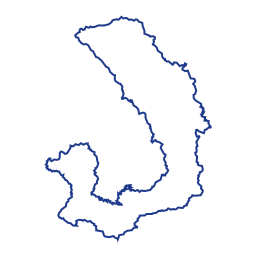 the district of Quibdó, Chocó, Colombia, rotated 269°
{"feature_id": "7082276B88455186246146", "entity_name": "Quibdó", "entity_type": "district", "adm_level": 2, "iso_a3": "COL", "parent_name": "Colombia", "parent_adm1": "Chocó", "projection": "mercator", "projection_center": [-76.757, 5.984], "detail": "fine", "context": "isolated", "style": "outline", "palette": "blue", "viewbox_px": 256, "rotation_deg": 269, "n_neighbors": 0, "source": "geoboundaries", "source_scale": "gbopen_adm2", "svg_char_len": 5706}
<svg xmlns="http://www.w3.org/2000/svg" viewBox="0 0 256 256"><g transform="rotate(269 128 128)"><path d="M113.1,85.3L112.1,83.2L113.6,80.6L111.8,78.4L112.7,75.1L110.6,72.9L111.4,70.2L109.3,70.2L103.9,66.8L103.2,64.7L105.4,61.8L105.6,60.5L104.1,59.3L99.6,59.2L98.1,58.4L97.4,56.6L97.8,53.7L96.2,51.0L96.9,49.9L98.8,49.9L99.0,48.8L97.9,47.6L96.1,47.0L96.1,46.2L94.5,46.5L92.9,45.2L91.5,46.9L90.7,46.8L90.2,45.7L88.6,46.5L88.7,47.3L87.2,48.4L87.7,49.5L85.8,51.2L86.6,52.5L85.9,53.7L86.6,55.6L85.6,57.0L85.8,58.2L82.1,60.4L81.7,61.4L82.2,62.5L80.1,62.0L78.9,63.7L77.6,64.0L76.4,66.2L73.3,68.0L73.4,69.0L71.8,70.5L70.4,69.8L70.1,70.3L68.3,70.1L67.0,70.8L64.6,69.7L64.1,70.5L63.0,70.0L62.7,70.8L61.6,70.3L60.0,70.8L57.6,67.0L55.9,67.2L54.2,65.1L50.9,64.6L47.4,59.8L46.0,59.3L44.4,57.7L41.7,56.8L39.6,57.9L39.5,59.1L38.4,60.0L38.9,61.8L37.5,62.3L34.3,66.3L33.7,69.1L31.5,71.2L31.2,75.2L32.6,74.2L34.0,75.2L35.9,74.5L37.1,77.5L36.7,80.7L36.1,81.3L36.9,82.9L35.0,86.2L35.7,88.6L33.9,90.3L32.6,92.7L31.4,92.5L30.4,94.5L28.1,94.2L27.0,94.9L26.2,94.5L24.9,101.0L20.8,102.2L20.0,103.0L19.2,107.3L20.2,111.6L18.8,112.7L17.5,115.7L16.8,115.9L21.0,117.4L21.8,121.8L23.9,122.9L25.3,125.7L25.7,129.9L28.2,132.2L28.4,135.4L28.9,135.5L30.7,133.0L32.6,132.8L35.5,136.4L36.9,135.9L39.0,138.0L40.2,138.2L40.3,143.3L41.7,145.1L41.6,150.5L42.1,150.8L42.8,154.9L44.6,157.3L44.3,158.9L45.2,160.3L44.5,161.3L45.2,165.3L46.8,166.5L46.8,167.5L45.7,168.9L46.2,172.0L45.8,172.4L45.9,174.6L47.6,176.7L47.1,181.1L47.4,181.9L49.0,182.8L49.7,185.5L50.9,185.2L51.5,186.2L53.7,186.9L54.7,188.0L56.4,187.7L58.2,190.5L59.7,191.2L59.1,192.6L59.5,199.5L62.7,201.4L64.4,201.7L66.1,199.9L68.3,200.4L71.1,197.4L72.6,196.9L74.2,197.8L75.6,197.1L77.3,197.2L78.2,198.0L79.3,197.4L80.6,198.8L82.6,199.0L83.0,200.7L84.4,201.9L85.8,202.0L88.8,201.3L89.5,197.8L90.9,197.1L92.2,197.4L93.0,196.0L98.3,196.6L99.8,195.3L102.1,194.8L102.9,196.2L107.9,196.0L108.8,197.2L112.7,196.1L118.1,199.2L118.6,198.9L118.2,196.7L121.7,195.5L124.9,196.2L125.0,197.0L123.4,199.0L121.5,203.7L124.9,204.9L125.4,206.8L127.5,209.0L126.9,210.3L127.5,210.8L131.1,208.5L133.5,208.8L134.0,205.4L134.4,205.8L134.6,205.1L135.1,205.6L135.5,204.9L137.4,205.5L138.1,202.5L139.1,201.7L139.8,202.2L140.4,201.6L140.8,202.9L141.6,202.7L141.3,203.5L142.9,204.3L143.6,203.1L145.1,203.9L146.3,203.7L145.9,203.0L147.8,202.4L147.6,201.6L148.2,201.6L148.2,200.9L149.3,201.6L150.8,201.6L154.5,195.9L156.5,194.3L159.9,194.1L160.7,195.6L164.0,196.8L168.8,195.6L171.0,193.9L173.2,196.0L174.0,196.0L176.0,195.2L176.5,191.5L184.3,188.8L183.8,186.3L185.5,183.4L187.4,183.7L189.2,186.5L190.8,187.4L191.6,186.1L189.3,185.1L190.0,183.3L189.0,180.8L192.5,177.8L192.7,175.0L190.7,174.3L190.5,173.7L194.0,169.6L193.8,168.4L195.1,166.1L196.4,166.2L196.6,164.9L198.7,163.5L201.9,163.2L204.7,159.2L207.9,158.1L209.9,156.3L211.1,154.3L213.7,155.5L215.5,155.0L216.4,156.3L218.2,156.6L219.2,155.1L219.1,151.5L219.9,151.3L222.0,146.1L224.6,146.2L230.0,144.4L232.9,144.1L234.0,140.9L236.3,138.9L236.4,137.5L235.2,135.9L236.5,132.9L236.1,130.9L238.0,128.6L237.7,125.1L239.2,123.4L236.4,120.4L236.9,118.2L235.9,114.4L234.0,113.3L232.1,110.7L230.9,106.0L231.1,100.3L229.7,96.5L229.4,93.5L230.1,92.3L228.9,90.7L229.9,87.7L227.1,86.2L226.8,84.6L227.9,83.9L228.0,82.2L226.9,81.4L224.7,81.4L224.3,79.9L221.6,76.8L219.8,77.5L219.1,79.9L216.5,80.5L213.6,83.0L212.4,85.2L212.6,87.9L211.2,89.9L206.5,92.3L205.3,94.5L199.6,97.2L198.8,99.5L195.6,102.9L189.7,107.1L188.5,109.5L184.1,111.3L181.3,114.5L181.0,115.9L177.0,115.6L175.3,116.1L172.5,120.0L172.4,121.1L169.5,123.1L166.6,122.6L165.3,123.6L164.4,123.4L162.5,124.2L159.2,123.3L158.4,122.4L157.1,122.7L158.2,126.1L156.9,128.0L155.4,128.8L154.3,131.0L155.8,131.0L155.6,132.3L150.4,134.0L148.7,136.7L146.4,138.6L141.9,139.4L143.0,142.8L143.0,144.2L142.2,145.2L141.1,145.8L138.0,145.7L132.5,147.7L130.7,150.2L129.1,149.9L128.6,150.6L127.4,150.0L126.7,150.8L123.4,151.5L121.2,153.6L120.6,152.9L118.8,153.1L118.3,151.8L117.4,152.2L114.6,151.0L113.1,152.1L115.2,154.2L115.4,155.4L114.3,155.7L113.4,158.8L111.1,162.2L108.6,160.5L107.3,160.4L101.5,163.5L100.7,165.1L98.7,164.7L97.8,163.7L95.5,163.6L92.5,165.1L89.9,164.8L89.3,166.3L87.4,165.6L85.2,167.4L83.0,166.5L81.2,164.6L79.9,164.4L80.0,162.8L80.8,162.3L80.6,161.1L75.8,159.7L73.3,154.8L69.2,152.9L69.0,151.3L68.2,151.4L65.6,149.1L64.7,143.6L65.2,140.2L63.9,138.4L65.8,136.6L64.8,133.8L66.0,132.1L65.5,130.5L66.5,130.6L66.8,130.0L66.0,129.1L67.4,128.7L67.4,127.9L68.1,128.7L67.7,129.2L68.6,129.1L68.8,130.0L69.4,129.0L70.8,129.7L70.9,128.3L69.4,127.8L70.4,127.6L70.6,125.4L69.8,124.4L68.5,126.0L68.8,124.8L68.2,124.0L68.0,125.0L66.9,125.7L66.4,123.6L65.3,123.5L64.9,122.1L65.1,121.7L66.0,122.4L65.9,121.0L64.7,120.8L64.6,119.4L63.4,119.7L63.2,119.0L62.2,119.9L61.7,119.3L62.0,117.9L62.9,117.0L59.5,117.0L58.2,117.7L57.4,116.4L55.5,116.2L55.2,115.1L53.6,116.7L53.6,117.9L52.7,118.1L52.3,119.7L51.4,120.2L51.5,117.7L52.1,117.8L51.8,117.0L52.5,116.7L52.1,116.1L53.1,115.1L52.5,113.9L53.5,112.0L52.4,111.5L53.2,111.0L52.8,110.3L54.3,109.3L54.1,108.6L55.1,108.9L55.0,107.9L56.2,107.1L55.6,106.7L55.9,105.7L55.0,105.7L55.9,104.8L56.6,105.1L56.7,104.3L55.7,104.4L56.5,103.4L55.3,102.4L56.6,101.1L56.6,99.2L57.4,99.5L57.9,100.8L58.6,100.1L58.3,98.9L59.0,98.4L57.7,97.9L59.9,97.0L60.0,94.8L61.4,93.8L62.2,92.1L62.0,90.5L62.6,90.3L63.1,91.2L64.2,90.4L65.9,92.7L67.6,92.4L68.0,93.4L69.1,93.0L71.1,93.6L72.5,94.4L73.1,95.9L75.4,96.0L77.6,97.3L80.0,96.4L81.8,94.1L82.9,93.7L83.8,95.0L85.9,93.3L87.6,94.9L88.5,94.8L88.6,95.6L90.2,96.7L93.5,97.7L94.1,97.1L100.1,96.0L102.2,93.8L104.4,94.2L105.6,91.2L107.1,90.5L107.0,89.5L108.3,89.0L108.4,88.2L109.8,89.0L112.2,87.4L113.3,87.5L113.1,85.3Z" fill="none" stroke="#1e3a8a" stroke-width="2"/></g></svg>